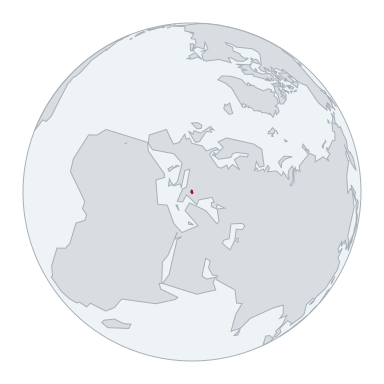 Kyustendil highlighted on a globe, orthographic projection, rotated 55°
{"feature_id": "BGR-2252", "entity_name": "Kyustendil", "entity_type": "Province", "adm_level": 1, "iso_a3": "BGR", "parent_name": "Bulgaria", "parent_adm1": "", "projection": "orthographic", "projection_center": [22.877, 42.321], "detail": "fine", "context": "on_globe", "style": "filled", "palette": "rose", "viewbox_px": 384, "rotation_deg": 55, "n_neighbors": 0, "source": "natural_earth", "source_scale": "10m", "svg_char_len": 10788}
<svg xmlns="http://www.w3.org/2000/svg" viewBox="0 0 384 384"><g transform="rotate(55 192 192)"><circle cx="192" cy="192" r="169" fill="#eef3f6" stroke="#a8b0b8"/><path d="M125.1,36.9L131.6,34.9L126.8,36.7L129.6,36.1L135.7,33.9L139.1,32.7L157.1,30.6L177.7,28.4L183.8,26.7L182.8,28.1L194.2,24.8L205.1,24.8L192.9,25.6L191.9,26.3L199.4,26.4L199.9,27.2L203.9,27.8L203.8,28.9L196.8,29.8L196.6,30.6L201.9,30.7L205.3,32.2L197.4,31.9L202.4,34.5L191.5,37.3L170.6,37.1L164.6,41.0L143.5,47.5L145.6,48.5L138.9,52.1L138.9,54.6L135.0,55.5L138.3,56.8L141.8,55.6L144.5,55.8L144.8,57.3L139.9,58.5L139.0,58.0L137.7,59.1L135.1,59.2L136.6,60.0L130.6,61.6L136.9,62.3L132.4,65.6L128.3,66.0L128.3,62.9L118.9,57.6L114.7,57.8L108.9,60.8L98.8,72.5L94.4,74.3L88.8,78.9L91.3,79.0L96.7,75.6L100.1,77.5L106.2,73.5L108.5,73.8L114.9,71.3L114.4,75.1L110.3,80.3L104.9,82.7L103.0,85.3L108.5,85.9L98.8,93.9L92.9,105.3L90.4,107.2L84.8,104.9L83.9,96.9L76.7,95.5L81.7,100.1L75.3,105.4L74.4,108.0L74.9,110.0L77.6,109.5L75.4,112.3L69.6,108.5L71.4,105.9L73.3,107.0L72.8,103.4L68.8,101.6L65.9,104.8L63.0,99.7L60.9,102.1L59.0,102.6L62.7,99.0L56.1,105.5L52.3,103.0L43.2,115.2L51.7,101.5L54.4,96.4L57.0,91.6L55.5,93.5L60.9,85.6L61.9,84.2L70.7,74.3L80.4,65.2L90.7,56.8L101.6,49.3L113.1,42.6L125.1,36.9ZM45.0,108.7L44.3,110.1L43.7,111.0L45.0,108.7ZM27.4,153.7L27.7,152.9L27.5,156.1L25.7,163.3L27.0,160.2L25.9,167.0L26.7,179.0L26.1,179.7L26.5,198.6L29.9,213.7L30.6,221.7L29.9,223.7L31.8,228.6L31.8,230.9L41.8,250.1L49.2,263.7L50.5,271.1L47.3,273.0L51.3,285.2L49.3,282.5L43.2,272.0L37.8,261.0L33.2,249.7L29.5,238.1L26.6,226.3L24.5,214.3L23.3,202.1L23.1,189.9L23.6,177.7L25.1,165.6L27.4,153.7ZM40.9,118.6L34.7,135.6L35.8,129.8L36.0,130.0L38.1,124.8L41.1,117.3L42.8,113.1L40.9,118.6ZM43.5,117.2L44.4,114.8L43.9,116.7L43.5,117.2ZM140.6,32.2L135.8,33.8L130.0,35.7L133.9,34.1L140.6,32.2ZM151.6,29.8L149.6,30.5L146.7,30.6L148.8,30.1L151.6,29.8ZM188.1,25.6L184.1,25.8L187.8,25.3L188.1,25.6ZM204.5,27.7L205.4,27.5L207.1,28.0L204.5,27.7ZM114.8,69.5L114.9,70.4L113.6,70.3L114.8,69.5ZM117.6,67.6L116.1,66.9L117.2,66.0L118.1,66.4L117.6,67.6ZM208.5,30.2L210.8,31.3L207.2,30.3L208.5,30.2ZM119.1,68.7L119.3,64.4L121.3,62.7L126.3,63.1L119.1,68.7ZM211.4,32.0L217.1,34.9L219.8,34.5L215.6,37.8L212.1,34.0L207.2,32.7L210.7,32.8L211.4,32.0ZM142.9,54.5L139.1,55.9L142.0,53.5L142.9,54.5ZM144.1,52.9L149.2,45.7L155.0,44.7L152.1,47.2L159.3,45.0L159.6,48.0L155.7,49.9L151.9,49.9L154.9,51.1L144.1,52.9ZM212.3,39.3L212.7,40.3L211.0,39.5L212.3,39.3ZM145.8,55.7L146.3,54.3L151.3,53.2L151.2,56.0L149.6,55.4L145.8,55.7ZM161.1,43.1L164.8,43.0L166.0,45.4L167.6,45.7L160.1,48.0L161.1,43.1ZM148.6,56.4L151.0,57.5L148.9,59.4L145.6,57.2L148.6,56.4ZM152.7,51.8L155.1,51.5L153.7,52.6L152.7,51.8ZM142.7,67.3L143.3,65.3L145.9,64.5L142.7,67.3ZM152.0,57.8L152.7,57.2L153.8,56.7L154.9,57.9L152.0,57.8ZM161.5,49.7L161.2,50.8L164.6,48.8L165.7,50.7L160.5,52.0L163.2,52.2L163.5,52.8L158.9,53.3L161.5,49.7ZM159.4,57.7L153.1,60.4L151.5,64.1L149.1,64.9L152.0,58.7L159.4,57.7ZM159.5,55.0L158.9,56.8L156.2,56.7L154.9,55.4L159.5,55.0ZM168.3,51.6L168.0,48.3L169.2,48.2L168.3,51.6ZM159.4,58.8L161.0,58.1L159.6,59.1L159.4,58.8ZM166.2,53.8L165.9,52.6L167.2,52.4L166.2,53.8ZM164.2,57.9L162.2,58.7L161.3,57.8L164.2,57.9ZM165.5,56.0L167.4,56.1L162.2,57.0L165.2,55.5L165.5,56.0ZM167.5,53.8L168.2,53.3L167.4,54.3L167.5,53.8ZM168.8,61.1L162.4,62.5L160.4,60.4L166.9,59.3L168.8,61.1ZM96.8,270.1L85.9,243.9L90.9,237.2L91.5,226.5L125.9,199.9L133.5,204.3L160.9,204.2L164.4,206.0L161.5,214.8L182.4,227.1L188.7,219.8L207.3,225.0L219.4,223.5L223.1,206.3L203.3,208.4L199.5,200.3L215.2,191.4L232.5,189.8L231.6,186.7L220.4,181.1L224.1,174.4L216.5,178.6L219.7,181.6L215.1,184.5L211.8,182.0L213.2,179.6L207.9,178.7L202.4,191.0L205.2,195.3L191.4,198.1L194.7,205.7L191.1,209.4L184.2,197.9L184.7,193.6L172.1,180.8L170.3,185.5L182.1,198.1L178.5,197.1L176.3,204.1L175.2,198.0L162.8,183.6L150.2,184.9L134.7,200.1L127.2,199.8L120.8,194.4L126.1,177.1L142.1,179.8L144.1,174.2L140.5,164.8L145.7,166.6L146.2,163.3L152.2,164.0L160.4,157.0L166.4,156.9L169.3,146.9L172.8,145.7L170.1,151.9L171.5,156.3L186.5,156.5L189.3,154.3L189.9,148.0L194.0,149.1L192.7,143.0L201.2,140.3L189.8,138.7L190.2,131.8L195.1,126.5L193.2,124.1L185.2,132.8L183.9,136.7L186.0,140.3L180.5,151.3L175.4,152.9L173.4,140.8L165.9,142.0L167.6,132.6L188.2,113.9L197.0,110.3L212.2,118.1L210.4,122.5L204.0,121.7L210.2,128.5L209.5,125.0L212.9,126.1L214.2,120.3L216.6,120.9L213.7,114.6L216.8,114.7L218.7,118.6L223.2,110.7L229.7,109.5L229.5,107.5L227.6,105.7L237.1,105.8L236.5,104.3L233.2,103.7L230.0,100.5L228.1,95.1L231.5,95.4L232.6,97.4L240.2,102.3L242.7,107.9L243.9,107.5L242.5,102.8L233.3,96.7L231.2,93.4L235.9,95.6L234.0,94.6L234.0,93.0L237.2,91.9L232.2,89.3L227.6,73.5L233.3,70.3L238.0,73.7L238.4,64.3L244.8,62.2L241.7,61.5L239.8,57.1L237.8,57.7L236.2,57.1L230.4,47.1L231.7,45.3L225.7,41.1L224.1,40.8L222.8,41.8L215.6,37.8L219.8,34.5L223.2,35.1L223.5,33.0L231.1,34.9L237.6,35.8L245.8,39.8L250.2,40.5L249.8,39.6L255.5,40.2L268.6,45.3L259.7,45.0L240.4,40.0L248.4,42.1L247.1,43.0L250.3,44.6L255.9,46.2L256.2,45.6L267.8,56.2L282.3,65.1L280.1,60.4L282.9,60.0L297.5,68.0L317.7,90.0L321.7,91.2L324.8,94.2L327.5,99.4L323.1,95.0L322.1,96.5L319.2,93.6L322.2,101.0L318.1,97.0L322.4,105.1L325.4,106.5L324.3,101.2L329.7,110.3L334.0,111.2L339.1,117.6L347.6,138.1L349.2,150.3L350.3,153.1L348.5,153.8L349.8,162.8L356.0,169.8L357.1,173.9L357.5,188.4L356.9,185.7L352.3,187.5L354.1,198.4L357.7,199.5L359.0,206.3L357.4,208.6L355.7,203.0L354.0,203.3L352.6,194.4L347.6,185.1L345.8,192.5L344.2,187.3L337.0,182.0L333.4,192.5L329.0,216.6L331.4,230.5L328.5,239.9L317.6,226.9L312.1,215.0L308.6,219.2L297.0,212.9L278.2,222.2L275.2,219.3L271.8,222.8L263.6,221.9L258.9,216.7L254.1,218.8L266.6,232.1L271.7,229.8L275.5,221.4L278.1,226.7L285.9,228.7L278.5,246.7L250.0,268.6L246.7,258.4L222.4,231.5L222.8,227.7L222.7,227.3L222.4,226.6L220.7,232.9L216.3,227.1L229.9,247.5L232.4,256.4L249.6,269.3L248.1,271.4L253.5,273.3L270.2,264.0L270.4,267.5L262.8,285.7L239.3,311.0L242.2,321.9L240.0,331.0L224.8,339.0L225.6,344.4L217.6,347.2L216.8,350.0L210.1,353.2L199.1,356.0L181.0,356.0L180.3,354.1L171.9,349.3L160.5,334.7L165.5,327.9L164.0,321.5L150.9,304.7L153.8,295.9L150.2,291.4L142.8,291.2L138.6,285.6L134.0,284.5L105.6,279.9L96.8,270.1ZM114.6,216.7L113.7,219.9L114.6,216.7ZM251.4,196.6L261.4,194.1L256.0,184.7L259.4,183.1L256.3,180.7L255.5,184.1L247.8,177.0L251.8,172.5L250.1,168.1L246.6,168.8L240.5,178.4L251.6,188.3L249.7,193.4L251.4,196.6ZM26.8,179.3L26.6,182.1L26.3,180.2L26.8,179.3ZM34.7,131.7L34.0,134.2L33.2,136.6L33.5,135.0L34.7,131.7ZM31.8,152.4L31.6,155.8L31.3,153.4L31.8,152.4ZM34.0,138.1L31.9,149.9L31.4,146.1L32.9,138.9L32.6,142.2L34.0,138.1ZM41.3,119.8L40.6,121.8L40.0,122.5L41.3,119.8ZM43.2,118.6L43.2,118.1L44.1,116.5L43.2,118.6ZM75.6,105.6L76.0,106.0L76.0,108.5L74.9,108.0L75.6,105.6ZM83.1,115.8L79.5,120.1L81.3,116.6L78.9,116.6L79.7,109.5L89.1,107.8L84.7,109.7L83.1,115.8ZM83.4,100.1L81.9,104.5L83.2,99.8L83.4,100.1ZM143.0,145.6L145.2,148.2L143.0,151.7L135.3,152.9L138.4,147.6L143.0,145.6ZM148.7,151.2L148.8,139.4L153.6,138.6L150.9,141.0L154.1,141.6L150.6,145.7L155.0,156.8L153.4,160.7L140.1,160.0L145.3,157.9L142.9,155.3L148.7,151.2ZM140.7,114.3L140.8,110.1L151.0,113.6L149.7,117.1L142.0,118.2L139.0,114.7L140.7,114.3ZM127.8,70.5L127.2,69.3L128.6,68.9L130.2,69.5L127.8,70.5ZM142.8,66.4L132.0,75.3L130.7,74.4L125.9,81.2L120.7,81.5L124.0,76.9L116.4,82.5L117.3,78.5L112.5,82.7L120.4,72.5L120.9,69.5L122.3,72.7L127.1,72.5L129.3,71.5L135.9,66.6L139.3,60.3L144.6,59.4L147.4,60.5L147.4,61.9L144.0,61.9L146.4,63.7L141.4,64.9L142.8,66.4ZM177.2,78.5L173.3,77.1L177.3,82.6L172.4,83.1L173.1,83.7L169.7,85.8L166.9,89.5L164.6,89.2L164.5,90.8L162.2,92.4L161.3,94.5L156.8,94.9L155.3,97.6L154.1,96.2L152.7,100.9L151.8,97.6L148.7,99.6L151.2,101.7L129.6,100.0L121.3,102.5L114.9,106.5L114.1,100.8L119.7,93.6L128.2,86.9L136.3,85.6L134.5,83.4L137.9,82.3L137.9,84.5L139.8,80.4L142.6,80.1L150.2,75.3L151.3,70.1L154.1,68.4L155.1,70.3L157.2,67.2L160.9,69.7L163.0,68.6L168.8,70.2L169.4,74.7L171.7,73.2L176.1,74.5L177.2,78.5ZM170.3,61.7L172.2,66.6L170.4,69.4L161.2,65.7L158.7,66.3L152.7,64.4L155.5,60.4L156.9,61.3L159.0,61.3L157.3,62.5L160.2,61.5L162.3,62.7L165.1,62.4L164.9,64.0L170.3,61.7ZM168.2,202.9L170.9,203.5L175.0,203.3L173.6,207.9L168.2,202.9ZM159.6,193.2L162.0,192.9L162.1,198.9L159.3,198.5L159.6,193.2ZM163.2,187.7L162.1,192.4L161.0,189.6L163.2,187.7ZM172.3,151.3L174.8,150.7L175.1,152.2L173.8,154.3L172.3,151.3ZM188.1,96.2L186.2,94.6L186.9,93.8L185.5,89.1L189.0,88.5L191.2,91.2L188.1,96.2ZM219.8,209.6L216.4,213.3L214.5,212.0L216.1,211.0L219.8,209.6ZM194.0,211.5L199.9,213.4L193.5,212.7L194.0,211.5ZM191.8,94.8L190.8,92.8L193.1,93.8L191.8,94.8ZM191.5,87.9L194.3,88.5L189.3,87.9L191.5,87.9ZM267.5,322.1L254.8,338.8L247.3,340.9L246.5,337.7L251.6,328.5L260.7,323.4L265.3,317.8L267.5,322.1ZM358.5,220.5L358.3,221.7L358.9,218.3L359.2,216.1L358.5,220.5ZM358.8,218.6L357.4,220.7L352.3,214.3L354.2,210.6L358.9,209.6L358.7,212.2L359.5,212.1L358.8,218.6ZM360.6,203.6L360.6,198.9L360.6,194.0L360.8,191.4L359.3,168.6L359.3,168.1L360.5,179.9L361.0,191.8L360.6,203.6ZM332.1,231.3L335.5,236.5L333.7,239.8L332.1,231.3ZM356.9,155.9L358.7,165.4L356.5,154.5L356.9,155.9ZM354.6,147.0L355.4,149.4L354.9,148.6L354.6,147.0ZM351.9,156.8L351.8,160.3L351.0,158.5L350.6,153.0L351.9,156.8ZM343.0,123.2L346.1,128.5L347.2,130.8L345.6,129.0L343.0,123.2ZM220.6,89.7L218.6,96.7L219.5,102.0L223.7,105.0L217.0,104.0L215.5,95.9L220.6,89.7ZM226.4,75.4L222.7,73.2L224.8,72.4L225.9,72.8L226.4,75.4ZM223.8,75.3L218.3,75.9L216.6,73.6L221.2,73.5L223.8,75.3ZM205.1,84.9L204.3,86.9L202.3,86.0L205.1,84.9ZM356.1,151.6L355.3,148.8L354.9,147.1L356.1,151.6ZM353.3,142.9L353.8,143.3L354.5,147.2L350.7,137.6L350.1,134.8L353.3,142.9ZM325.5,91.5L323.5,89.7L321.9,87.0L323.7,89.0L325.5,91.5ZM314.7,77.3L320.8,85.7L325.3,93.0L325.7,92.5L329.8,97.8L327.4,96.4L321.6,88.3L318.8,83.5L314.9,79.7L310.8,74.8L306.4,71.5L303.4,68.7L306.5,70.3L314.7,77.3ZM304.6,70.4L295.4,64.1L293.9,61.0L295.6,61.7L300.4,65.8L300.9,67.1L304.6,70.4ZM292.7,61.8L293.1,63.1L280.5,59.1L277.4,57.6L286.3,58.4L287.1,59.9L290.5,61.6L292.7,61.8ZM214.4,40.2L212.8,40.3L213.6,39.6L214.4,40.2ZM235.1,57.5L233.0,56.6L233.9,55.6L235.1,57.5ZM227.8,53.6L228.2,55.3L226.3,53.3L227.8,53.6ZM229.3,59.3L227.6,55.9L231.2,59.4L229.3,59.3Z" fill="#d9dde1" stroke="#a8b0b8" stroke-width="1"/><path d="M190.8,192.0L191.0,192.0L191.0,191.9L191.2,191.7L191.3,191.6L191.2,191.4L191.0,191.2L191.3,191.1L191.5,191.3L191.7,191.5L191.8,191.7L191.9,191.8L192.0,191.9L192.3,191.8L192.5,191.8L192.8,191.8L193.0,192.0L193.0,192.3L193.3,192.4L193.3,192.5L193.2,192.7L193.1,192.8L192.8,192.7L192.7,192.7L192.5,192.8L192.4,192.8L192.3,192.7L192.2,192.7L192.1,192.8L191.9,192.9L191.7,192.8L191.5,192.7L191.4,192.7L191.2,192.6L191.1,192.4L190.8,192.0Z" fill="#f43f5e" stroke="#9f1239" stroke-width="1.5"/></g></svg>